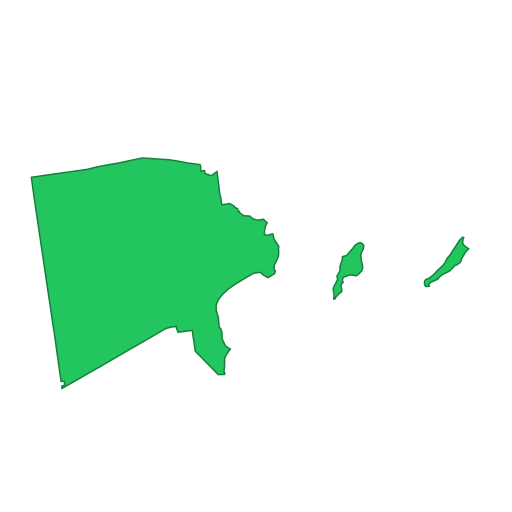 outline of Los Angeles, California, United States of America, rotated 262°
{"feature_id": "52423323B87301828944684", "entity_name": "Los Angeles", "entity_type": "district", "adm_level": 2, "iso_a3": "USA", "parent_name": "United States of America", "parent_adm1": "California", "projection": "mercator", "projection_center": [-118.385, 33.812], "detail": "fine", "context": "isolated", "style": "filled", "palette": "green", "viewbox_px": 512, "rotation_deg": 262, "n_neighbors": 0, "source": "geoboundaries", "source_scale": "gbopen_adm2", "svg_char_len": 2836}
<svg xmlns="http://www.w3.org/2000/svg" viewBox="0 0 512 512"><g transform="rotate(262 256 256)"><path d="M365.2,44.5L346.6,44.4L250.7,45.1L205.2,45.5L158.9,45.5L158.9,48.6L154.9,48.6L154.1,45.5L151.9,45.5L154.2,51.3L168.9,88.1L179.0,112.9L181.8,119.7L181.8,119.8L186.9,132.5L190.8,142.1L194.0,149.9L196.7,156.6L197.3,161.3L197.4,162.5L197.4,167.1L194.7,167.4L194.4,167.4L191.3,168.2L191.3,172.4L191.3,176.0L191.2,182.6L186.8,182.5L185.1,182.5L181.6,182.6L170.2,182.6L158.5,191.3L143.8,202.1L143.1,208.4L144.3,208.8L146.1,208.2L151.6,209.6L158.8,210.7L161.3,212.1L164.6,214.9L167.4,217.6L170.6,213.8L171.2,213.3L177.9,211.1L180.1,211.0L184.6,211.7L189.3,210.9L190.0,210.0L191.2,209.7L201.4,210.2L202.5,209.7L208.4,209.1L208.8,209.2L213.0,209.8L217.1,212.1L220.0,214.6L223.2,218.3L223.5,218.7L227.3,224.3L230.5,230.4L234.0,238.5L235.6,242.2L239.2,251.2L239.3,256.5L238.8,258.8L237.0,259.7L233.8,263.5L232.9,265.0L235.9,271.9L238.4,273.2L240.5,272.0L244.7,273.0L245.7,273.9L249.5,276.2L251.3,277.4L252.2,278.0L255.7,278.9L259.2,279.2L262.4,279.9L266.9,277.8L270.5,276.2L275.5,275.8L275.5,273.1L274.8,270.4L276.0,267.5L276.9,267.4L280.1,268.1L281.9,268.7L284.3,269.5L287.3,271.7L291.4,268.4L291.2,262.6L292.7,259.1L294.9,256.5L296.4,255.6L296.4,254.7L297.1,252.4L297.2,250.1L300.9,245.9L302.4,245.9L302.4,244.4L305.4,244.4L307.5,241.3L308.4,241.3L311.5,237.5L311.5,229.2L313.2,229.2L320.3,229.2L321.3,228.8L345.1,229.1L341.7,223.0L344.8,216.9L347.8,216.9L347.8,213.8L348.0,213.0L351.8,213.7L354.3,213.4L357.6,201.2L358.8,197.9L360.7,192.3L363.4,183.5L363.5,183.0L365.8,171.6L367.2,165.4L368.9,157.1L368.2,146.6L367.9,142.0L367.8,140.9L367.3,134.4L366.5,113.0L365.3,100.5L365.3,75.6L365.2,44.5ZM202.5,327.0L202.4,327.3L202.9,328.7L204.1,329.2L207.3,333.2L208.1,335.0L209.4,336.1L210.3,336.3L214.0,336.0L216.4,336.8L217.6,338.0L217.7,338.6L219.8,338.2L222.4,339.1L223.1,340.7L224.2,346.1L223.5,349.5L222.4,352.3L223.6,354.9L226.5,358.6L228.1,359.5L230.9,360.2L237.3,359.7L242.2,359.9L244.8,360.9L247.7,363.0L250.9,364.2L252.3,363.8L254.4,361.9L254.7,359.8L253.5,356.6L252.4,355.1L251.0,353.9L243.9,345.7L243.4,341.8L243.0,341.3L241.0,341.2L233.8,337.6L229.9,337.2L224.4,333.2L223.0,333.6L220.5,333.3L220.4,332.9L215.1,329.1L212.7,327.8L205.5,327.9L203.3,327.0L202.5,327.0ZM202.1,419.9L201.9,423.3L203.8,423.2L205.4,424.6L207.7,432.7L209.9,435.1L211.6,437.7L214.2,445.8L216.2,448.0L216.2,448.5L219.2,452.0L219.1,453.0L219.3,453.6L221.1,457.1L222.6,458.5L224.6,459.1L230.0,463.5L232.9,466.3L232.7,466.6L233.4,467.6L237.6,463.5L238.8,462.8L240.1,462.5L241.3,462.7L244.7,463.6L245.4,464.2L245.9,463.2L243.1,459.6L229.7,448.0L227.3,445.1L224.1,442.8L223.0,442.2L221.0,440.1L215.4,432.4L213.5,430.3L210.2,425.0L209.3,422.5L209.3,421.2L208.5,420.3L207.4,419.3L204.1,418.9L202.1,419.9Z" fill="#22c55e" stroke="#15803d" stroke-width="1.5"/></g></svg>